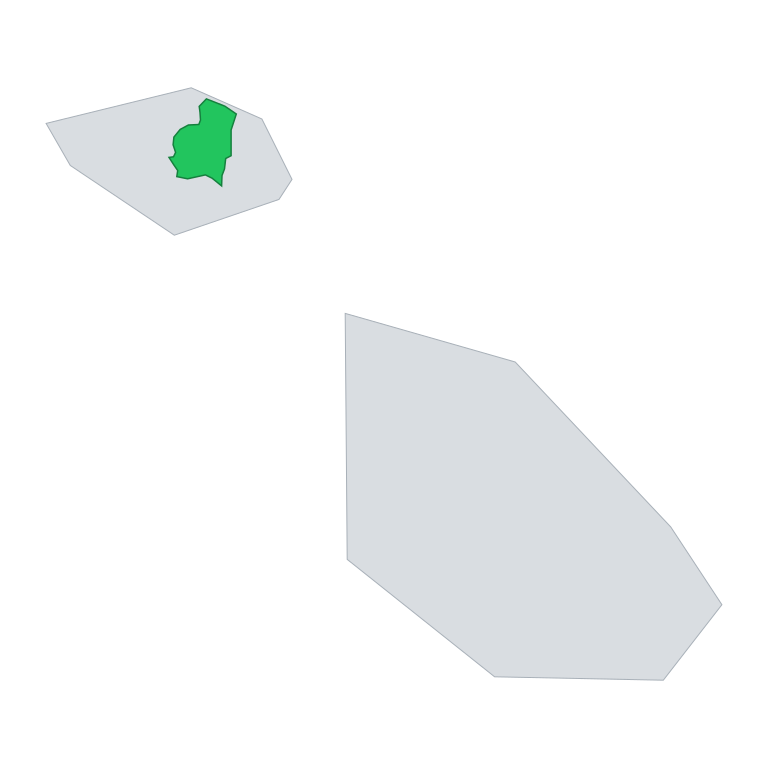 Xagħra on a map of Malta (Equal Earth projection)
{"feature_id": "MLT-5978", "entity_name": "Xagħra", "entity_type": "state/province", "adm_level": 1, "iso_a3": "MLT", "parent_name": "Malta", "parent_adm1": "", "projection": "equal_earth", "projection_center": [14.268, 36.052], "detail": "fine", "context": "in_parent", "style": "filled", "palette": "green", "viewbox_px": 768, "rotation_deg": 0, "n_neighbors": 0, "source": "natural_earth", "source_scale": "10m", "svg_char_len": 718}
<svg xmlns="http://www.w3.org/2000/svg" viewBox="0 0 768 768"><path d="M721.9,604.7L663.3,680.2L494.6,676.8L347.2,559.4L345.2,313.4L515.2,362.0L670.7,526.9L721.9,604.7ZM279.0,199.4L174.3,235.2L70.3,165.5L46.1,123.4L191.2,87.8L261.9,119.0L292.0,179.4L279.0,199.4Z" fill="#d9dde1" stroke="#a8b0b8" stroke-width="1"/><path d="M206.4,98.9L224.9,106.2L236.3,114.0L231.1,130.0L231.1,155.7L225.7,158.5L224.5,168.9L222.0,175.5L221.6,185.9L212.1,178.2L205.4,174.9L197.6,176.6L187.6,178.8L176.8,176.6L177.7,170.5L173.9,165.0L169.0,157.4L173.5,156.8L175.6,152.4L173.1,144.8L173.9,137.1L180.2,129.4L188.4,125.0L198.8,124.5L200.5,120.1L200.0,112.4L199.2,106.4L206.4,98.9Z" fill="#22c55e" stroke="#15803d" stroke-width="1.5"/></svg>